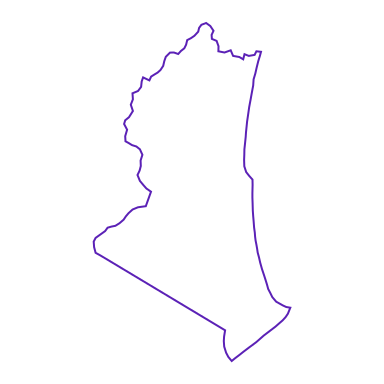 Itapoá, Santa Catarina, Brazil (Natural Earth projection)
{"feature_id": "56859067B97691755303432", "entity_name": "Itapoá", "entity_type": "district", "adm_level": 2, "iso_a3": "BRA", "parent_name": "Brazil", "parent_adm1": "Santa Catarina", "projection": "natural_earth1", "projection_center": [-48.647, -26.082], "detail": "fine", "context": "isolated", "style": "outline", "palette": "violet", "viewbox_px": 384, "rotation_deg": 0, "n_neighbors": 0, "source": "geoboundaries", "source_scale": "gbopen_adm2", "svg_char_len": 1918}
<svg xmlns="http://www.w3.org/2000/svg" viewBox="0 0 384 384"><path d="M164.3,61.1L163.2,65.9L160.4,70.1L157.6,72.6L154.6,74.4L151.1,76.6L149.4,80.4L146.2,78.9L143.1,77.4L141.7,81.4L141.1,86.9L138.0,91.0L132.5,93.3L132.9,99.3L130.8,104.7L132.9,111.0L129.0,117.2L125.2,120.3L124.1,124.0L127.1,129.7L125.2,136.2L125.5,141.3L128.6,143.0L132.0,145.1L136.4,146.5L139.9,149.3L142.4,154.8L140.6,160.5L140.8,166.0L139.6,170.6L137.5,175.0L139.9,180.9L143.4,185.1L146.4,188.5L151.0,191.7L145.8,206.2L141.3,206.8L137.9,207.3L132.6,209.5L128.6,213.1L125.9,216.3L123.6,219.7L119.4,223.3L115.4,225.8L111.4,226.6L107.6,227.7L105.1,231.1L100.5,234.4L95.6,237.9L93.7,241.6L94.1,247.1L95.6,252.8L100.3,255.4L225.1,330.3L224.1,336.5L223.8,341.1L224.2,346.6L226.1,352.7L228.3,356.9L231.7,361.0L235.0,358.3L239.6,354.8L243.5,351.7L248.9,347.6L256.2,342.2L263.7,335.6L275.5,326.6L278.9,323.6L282.6,320.4L285.6,317.1L287.9,313.7L290.3,307.7L286.2,307.0L282.8,305.4L276.2,301.7L272.3,297.1L270.2,292.8L268.2,289.0L267.0,284.6L265.7,280.4L264.2,275.7L262.0,269.1L260.2,262.7L259.0,257.4L257.7,252.6L257.1,248.6L256.4,244.6L255.6,240.6L255.1,236.7L254.8,232.6L254.1,227.5L253.6,220.9L253.2,216.3L252.8,210.6L252.6,203.2L252.4,197.5L252.4,193.2L252.5,188.9L252.6,184.9L252.5,179.6L249.2,175.9L246.2,172.1L244.3,166.3L244.1,159.8L244.3,154.8L244.4,149.3L245.0,143.7L245.7,136.9L246.0,132.3L246.6,126.5L247.1,121.5L247.7,117.5L248.3,113.3L249.2,107.0L250.5,100.1L251.7,93.4L253.2,85.4L253.6,79.3L255.3,73.6L256.7,67.4L258.3,61.0L259.9,55.9L261.0,51.8L256.4,51.3L254.6,54.9L248.8,55.9L244.5,54.2L243.2,59.3L239.3,57.0L233.1,55.9L230.7,50.3L224.5,52.5L218.4,51.3L218.5,46.2L216.6,40.9L211.9,38.9L211.6,34.9L213.5,30.8L210.3,26.0L206.1,23.0L201.4,24.8L199.1,27.9L198.2,31.7L194.4,35.8L190.9,38.2L187.2,40.1L186.1,44.7L184.3,48.3L180.9,51.0L178.2,54.0L173.9,52.5L170.0,52.6L165.8,56.8L164.3,61.1Z" fill="none" stroke="#5b21b6" stroke-width="2"/></svg>